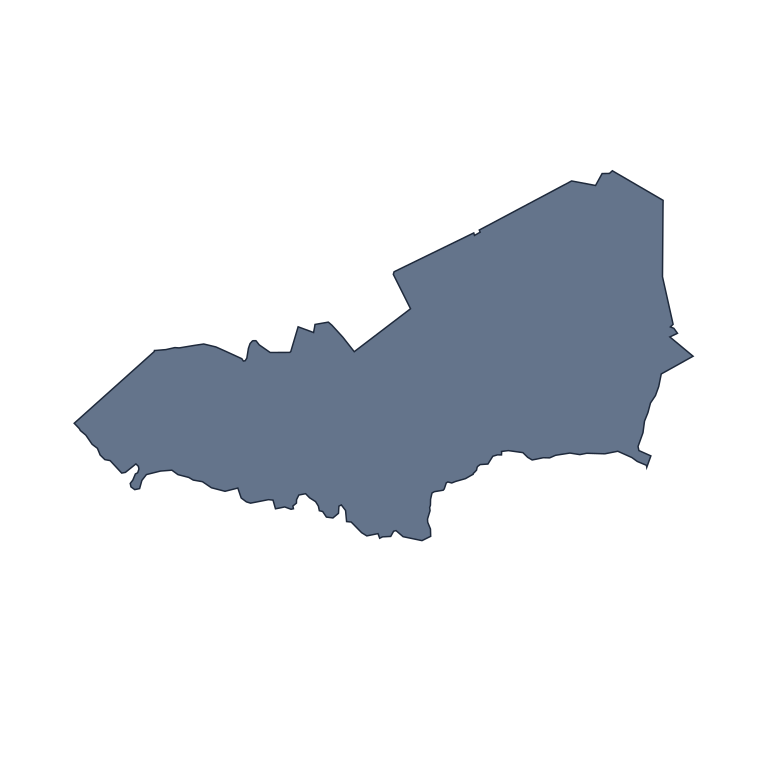 the district of Harare Rural, Harare, Zimbabwe, rotated 348°
{"feature_id": "62879985B75244512710705", "entity_name": "Harare Rural", "entity_type": "district", "adm_level": 2, "iso_a3": "ZWE", "parent_name": "Zimbabwe", "parent_adm1": "Harare", "projection": "robinson", "projection_center": [31.007, -17.946], "detail": "fine", "context": "isolated", "style": "filled", "palette": "slate", "viewbox_px": 768, "rotation_deg": 348, "n_neighbors": 0, "source": "geoboundaries", "source_scale": "gbopen_adm2", "svg_char_len": 2442}
<svg xmlns="http://www.w3.org/2000/svg" viewBox="0 0 768 768"><g transform="rotate(348 384 384)"><path d="M484.2,477.8L484.8,475.5L484.9,474.4L491.8,475.0L505.6,480.0L509.3,485.6L513.1,489.1L518.1,489.2L524.4,489.2L530.7,490.7L537.0,489.4L551.5,490.2L560.9,493.8L567.9,493.9L585.5,498.2L592.4,498.3L598.7,498.4L611.2,507.5L615.6,512.4L623.8,518.1L623.7,520.1L628.8,511.9L630.1,509.8L619.5,502.1L619.5,497.9L627.2,485.5L631.1,474.5L636.2,466.9L640.7,458.0L647.1,451.8L652.2,443.6L657.3,431.8L692.1,421.1L673.4,397.4L681.6,395.4L679.1,389.8L676.0,387.7L679.2,385.7L678.7,337.0L693.1,271.6L694.4,265.8L695.2,262.4L651.7,222.9L648.3,224.9L641.1,223.5L632.2,233.8L609.7,224.4L509.2,253.2L509.6,255.5L503.4,257.5L503.2,254.9L417.2,276.3L415.9,278.7L425.6,315.9L361.6,346.2L353.5,329.7L345.3,315.7L342.4,311.9L328.9,311.4L327.7,314.5L325.8,319.0L311.9,310.2L299.6,332.8L298.4,333.5L279.2,329.5L270.1,319.8L268.1,315.7L267.7,315.0L265.3,314.5L264.3,314.5L261.4,316.6L258.8,320.9L255.2,330.2L253.0,332.4L251.2,332.3L250.2,329.7L235.8,319.0L227.3,312.8L216.0,307.4L206.4,306.8L191.1,306.1L187.0,304.9L177.8,305.0L167.6,303.7L166.4,303.5L166.0,304.5L72.8,358.0L76.7,364.3L77.3,366.4L81.7,372.0L86.0,382.4L90.3,387.3L91.4,393.3L91.5,394.3L95.2,399.9L100.2,402.0L108.9,416.6L112.7,416.7L124.7,410.6L126.6,413.4L126.6,416.2L124.6,419.6L122.1,420.3L118.3,425.8L115.1,428.5L115.1,432.0L118.2,435.5L120.7,435.5L123.2,435.5L127.1,428.0L132.8,423.2L147.3,422.7L158.6,424.2L163.6,429.8L173.6,434.8L177.4,438.3L186.1,441.8L193.6,449.6L206.2,455.9L219.4,455.4L220.6,465.8L224.9,470.7L228.7,472.8L233.7,472.9L240.0,473.0L246.9,473.1L251.3,474.5L251.9,483.5L256.3,483.6L261.3,483.6L267.0,487.2L269.5,487.2L269.5,484.4L273.6,482.3L274.4,479.0L277.6,474.9L284.5,475.0L287.6,479.9L292.6,484.8L294.4,489.7L294.4,494.5L297.5,496.0L300.0,502.2L306.2,504.4L312.6,501.0L314.5,494.1L317.1,493.4L320.1,499.7L318.8,510.8L323.2,512.2L331.2,524.8L335.6,529.0L347.0,529.1L347.7,534.0L350.8,533.2L358.9,534.5L362.8,530.0L365.3,529.9L370.9,537.3L388.6,545.1L398.0,542.7L399.3,535.5L398.0,528.3L398.5,525.1L402.7,517.5L403.0,514.2L404.2,512.3L405.6,506.4L408.3,500.6L410.9,499.8L419.8,500.2L421.1,499.2L424.4,493.6L426.1,493.1L429.7,494.9L433.8,494.2L444.0,493.5L450.9,491.3L452.4,490.9L452.7,490.1L454.2,489.2L456.6,487.5L457.2,486.1L457.8,484.8L458.5,484.1L461.3,482.8L469.0,483.9L475.4,477.3L480.2,476.9L484.2,477.8Z" fill="#64748b" stroke="#1e293b" stroke-width="1.5"/></g></svg>